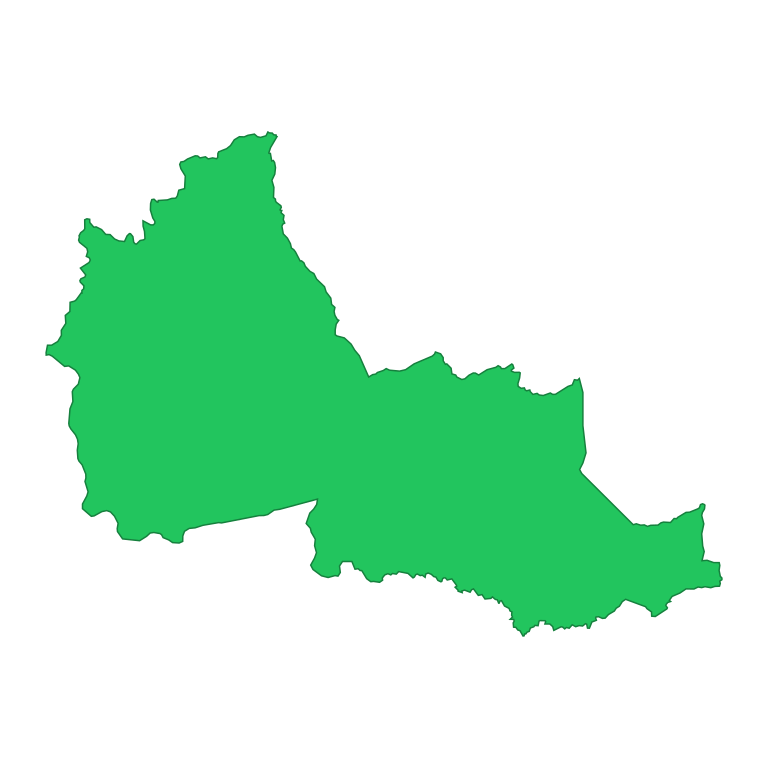 Dowa, Dowa, Malawi
{"feature_id": "42251766B75153645982813", "entity_name": "Dowa", "entity_type": "district", "adm_level": 2, "iso_a3": "MWI", "parent_name": "Malawi", "parent_adm1": "Dowa", "projection": "orthographic", "projection_center": [33.724, -13.52], "detail": "fine", "context": "isolated", "style": "filled", "palette": "green", "viewbox_px": 768, "rotation_deg": 0, "n_neighbors": 0, "source": "geoboundaries", "source_scale": "gbopen_adm2", "svg_char_len": 6058}
<svg xmlns="http://www.w3.org/2000/svg" viewBox="0 0 768 768"><path d="M579.3,378.5L577.6,380.2L574.4,379.7L572.3,384.9L568.0,386.4L555.5,394.3L552.7,394.4L550.3,393.0L543.3,395.5L539.2,395.0L537.1,393.4L532.9,394.4L530.3,391.7L529.8,390.0L526.6,390.8L525.2,390.0L524.4,387.9L521.1,388.3L518.2,386.4L517.9,383.7L519.6,378.0L520.2,372.9L519.3,372.3L514.6,372.4L511.4,371.2L511.3,370.1L513.9,368.1L512.8,364.8L511.8,364.0L504.9,368.6L501.4,368.6L500.5,367.0L498.1,365.7L495.9,367.3L487.1,369.7L478.7,375.0L475.4,373.1L473.2,373.0L469.0,375.2L464.9,378.8L461.8,379.5L456.9,377.1L455.7,375.0L451.9,373.9L451.1,368.2L446.8,363.9L445.4,364.3L443.2,360.8L443.2,357.6L440.6,353.8L435.4,352.0L434.6,354.0L432.3,356.1L414.2,363.8L405.6,369.7L399.6,371.1L389.6,370.2L386.2,368.6L383.3,370.5L377.4,372.5L375.7,374.1L372.7,374.6L368.7,377.0L359.3,355.7L354.8,350.3L351.1,344.1L344.3,337.9L337.0,336.0L335.2,334.7L335.2,329.9L336.2,324.1L338.8,320.3L337.3,319.5L334.9,315.3L334.1,311.5L334.9,307.4L331.6,304.4L330.8,298.1L326.1,291.9L324.5,286.7L316.6,279.1L313.9,273.6L309.9,271.3L305.3,266.3L303.9,262.8L301.6,260.9L300.1,260.9L295.5,252.0L293.8,249.7L291.4,248.0L290.4,243.6L287.4,238.1L283.3,233.9L281.9,226.2L282.8,224.1L284.7,223.1L283.3,219.7L284.0,215.4L281.0,212.7L281.8,210.5L280.3,210.3L280.1,209.6L281.3,207.4L280.9,205.8L276.5,202.4L275.6,201.3L275.4,199.1L273.5,197.5L273.9,187.4L271.9,180.3L274.8,174.1L275.5,167.6L274.6,162.5L273.3,160.5L271.7,160.9L270.4,153.4L269.0,153.3L268.9,152.6L270.6,147.5L277.0,136.6L276.3,136.4L276.1,135.0L273.7,134.8L272.3,133.1L269.3,132.9L267.9,132.0L266.0,135.8L260.5,137.4L257.4,136.7L254.4,134.1L247.9,135.3L244.2,136.9L239.4,136.7L234.3,139.8L230.5,145.6L226.6,148.7L218.7,151.8L217.9,153.4L217.7,157.5L216.6,158.7L212.6,157.9L208.2,158.9L205.5,156.8L200.0,157.9L197.7,156.0L195.2,155.8L187.5,159.0L184.0,161.4L180.8,162.0L179.7,164.4L180.9,168.8L185.3,176.0L184.6,188.6L178.8,190.2L177.3,196.0L175.7,198.2L171.7,198.4L167.4,199.9L158.2,200.5L158.1,202.0L157.3,202.2L154.0,199.2L151.8,199.6L150.6,203.5L150.4,210.0L152.8,218.0L154.9,221.4L154.8,223.4L153.3,224.9L150.7,224.9L143.0,220.8L143.1,226.2L144.5,231.4L145.0,238.7L143.8,239.8L140.1,240.5L136.5,244.1L135.1,243.8L133.7,242.3L132.9,236.6L130.5,233.7L129.4,233.6L127.1,235.8L124.5,241.5L118.8,240.9L114.6,239.0L110.1,234.6L105.7,234.4L101.6,229.6L96.2,226.9L93.8,227.2L89.8,222.5L89.7,219.3L86.9,218.8L84.7,219.8L84.8,228.7L83.7,230.4L80.6,232.8L79.0,235.9L79.4,236.9L78.6,240.1L79.5,242.3L86.9,248.3L87.7,251.8L86.3,256.4L89.2,257.7L90.3,260.0L89.1,262.5L80.4,268.1L85.7,274.9L84.9,277.0L80.9,278.8L79.9,280.6L80.3,282.1L83.9,285.8L83.7,288.8L81.9,290.4L81.9,293.0L81.3,292.8L76.3,299.7L74.6,301.1L70.1,302.3L69.9,311.5L65.3,315.4L65.8,323.4L61.3,330.3L61.4,335.4L57.8,341.5L51.6,345.2L47.5,345.2L46.1,352.6L46.2,355.1L49.1,354.6L52.3,356.2L64.6,366.4L68.7,365.9L75.4,370.1L78.4,374.1L79.9,377.6L78.3,384.2L73.4,389.2L72.3,391.7L72.9,401.5L70.0,408.8L68.8,423.4L69.2,425.9L70.9,429.0L75.5,434.8L77.5,439.2L78.2,443.7L77.3,450.1L77.9,458.6L78.9,461.0L82.1,464.8L85.8,474.1L85.9,478.0L85.0,481.5L88.1,491.8L86.8,496.0L82.5,504.0L82.5,508.7L91.3,516.3L94.1,515.9L101.9,511.6L106.7,510.6L110.5,511.9L114.5,516.2L118.1,523.3L117.2,528.6L117.5,531.6L122.6,538.9L139.6,540.7L146.6,536.3L150.2,533.0L153.9,532.5L160.2,533.6L161.7,534.9L163.1,537.6L168.7,539.9L172.6,542.6L179.2,543.0L182.7,541.4L182.8,536.0L184.5,531.3L189.2,528.4L195.2,527.8L202.9,525.3L218.6,522.6L221.6,522.9L259.0,515.6L263.9,515.5L267.8,514.5L274.1,510.1L279.7,509.3L317.5,499.1L316.7,504.5L313.7,509.1L309.8,513.1L306.2,523.5L310.4,528.3L311.2,532.1L315.3,539.2L314.6,545.7L316.5,552.7L314.5,558.2L310.7,565.1L313.0,569.5L321.5,575.8L328.1,577.5L335.0,575.6L338.0,576.1L340.3,572.5L339.5,566.0L342.5,561.5L351.9,561.5L355.0,569.2L358.2,568.7L360.1,570.5L361.8,570.6L366.7,578.7L370.8,581.7L373.5,581.4L379.6,582.3L382.6,580.2L382.3,578.0L384.8,574.9L387.9,573.7L390.8,574.9L392.4,573.5L396.3,574.1L398.7,571.6L408.0,573.4L413.0,577.9L414.4,577.0L415.7,574.7L417.3,574.0L420.2,575.6L422.3,575.2L425.1,577.3L425.7,574.1L428.1,573.0L431.3,574.3L433.8,576.6L435.9,577.1L437.9,580.4L440.9,581.8L441.8,581.4L442.6,578.7L444.0,577.8L445.5,578.0L447.2,580.0L451.8,578.9L456.4,585.1L456.7,586.2L455.1,587.2L458.0,590.1L458.1,591.2L462.2,592.6L461.9,591.0L464.5,590.1L470.1,592.2L471.6,589.7L473.5,588.9L478.3,595.4L482.0,594.6L485.0,599.0L490.9,598.4L492.4,596.9L495.3,599.4L497.4,599.9L498.6,603.1L499.2,603.1L500.0,601.0L501.5,600.7L504.5,606.0L509.1,608.4L510.0,610.9L511.9,611.9L511.6,615.2L512.5,617.0L510.2,619.3L513.7,619.4L514.2,621.1L513.2,622.9L513.6,627.2L515.8,627.3L517.8,630.0L520.0,630.7L523.0,636.0L524.0,635.9L524.7,633.9L525.8,633.9L527.1,632.1L529.2,631.4L530.4,628.0L533.8,626.8L534.8,625.4L538.1,625.7L539.0,621.2L539.9,620.6L545.1,620.7L545.7,621.5L544.9,624.0L549.8,624.0L552.7,626.6L553.8,630.4L561.0,626.8L562.7,627.1L564.7,628.9L566.4,627.5L569.2,628.2L572.2,624.8L575.7,626.7L579.1,625.6L582.6,626.0L585.5,623.7L586.7,624.2L587.5,628.1L589.4,628.2L591.9,622.0L596.4,620.3L595.6,618.0L596.0,617.0L598.6,616.7L602.4,618.4L605.2,618.1L608.5,614.5L614.4,611.0L616.2,608.2L619.4,606.2L622.3,601.6L625.6,599.3L645.6,606.7L647.0,608.7L651.5,611.9L651.7,616.2L655.3,616.5L666.9,608.9L667.4,607.8L665.8,605.5L666.2,604.3L667.7,602.5L670.6,601.5L669.3,600.4L672.1,596.4L680.0,593.0L686.0,588.9L694.0,589.0L698.1,587.0L701.7,587.6L705.0,586.7L710.8,587.7L714.9,586.4L719.5,586.2L720.3,583.4L719.7,581.2L721.9,579.7L721.9,578.0L720.3,576.3L719.1,570.4L719.8,565.4L719.2,562.6L713.7,562.6L707.1,560.3L702.0,560.7L704.2,551.6L702.7,546.0L701.7,533.8L703.8,523.9L701.7,515.5L702.4,512.5L704.5,508.9L704.9,505.1L704.1,504.4L702.5,503.8L700.5,504.6L699.4,507.8L697.7,508.9L689.6,512.2L686.0,512.4L677.7,517.4L676.6,518.7L674.1,518.5L670.5,522.5L663.5,522.1L661.0,522.8L658.0,525.1L650.7,525.3L647.5,526.4L644.3,524.9L640.7,525.2L636.3,523.8L633.2,524.7L581.7,473.5L579.6,469.5L582.9,463.0L586.0,452.9L582.9,425.7L582.9,392.5L579.3,378.5Z" fill="#22c55e" stroke="#15803d" stroke-width="1.5"/></svg>